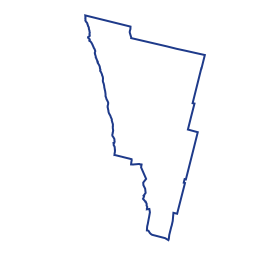 Wanneroo, Western Australia, Australia, rotated 14°
{"feature_id": "25037944B9363307042095", "entity_name": "Wanneroo", "entity_type": "district", "adm_level": 2, "iso_a3": "AUS", "parent_name": "Australia", "parent_adm1": "Western Australia", "projection": "mercator", "projection_center": [115.695, -31.653], "detail": "fine", "context": "isolated", "style": "outline", "palette": "blue", "viewbox_px": 256, "rotation_deg": 14, "n_neighbors": 0, "source": "geoboundaries", "source_scale": "gbopen_adm2", "svg_char_len": 5038}
<svg xmlns="http://www.w3.org/2000/svg" viewBox="0 0 256 256"><g transform="rotate(14 128 128)"><path d="M184.9,38.6L178.1,38.8L165.5,39.1L156.0,39.4L145.8,39.4L109.4,40.0L109.4,39.8L109.3,39.5L109.1,39.2L108.7,38.5L106.9,35.5L106.5,34.7L106.4,34.3L106.4,34.1L106.3,32.8L106.4,31.9L106.4,31.4L105.9,29.0L59.3,29.1L59.6,29.9L59.7,30.1L59.7,30.3L59.9,30.8L59.9,31.1L60.1,31.3L60.2,31.6L60.1,32.3L60.3,32.6L60.5,33.0L60.6,33.3L60.7,33.7L60.6,33.8L60.6,34.0L60.9,34.3L61.2,34.6L61.3,34.9L61.6,35.1L62.0,35.3L62.3,35.5L62.9,36.0L63.2,36.3L63.3,36.7L63.5,36.9L63.6,37.1L63.7,37.4L64.0,37.7L64.2,37.9L64.3,38.1L64.4,38.5L64.7,38.9L65.1,39.2L65.7,40.1L65.8,40.4L65.9,40.6L66.0,40.9L66.0,41.2L66.3,41.7L66.5,42.0L66.7,42.3L66.8,42.5L67.0,42.8L67.1,43.0L67.2,43.4L67.3,43.7L67.5,44.1L67.7,44.4L67.9,44.9L67.9,45.0L67.8,45.4L67.9,46.2L67.9,46.3L68.1,46.5L68.2,46.8L68.3,46.9L68.4,47.4L68.6,47.8L68.4,48.2L68.1,48.6L67.9,48.9L67.7,48.9L67.4,49.1L67.4,48.8L67.3,49.2L67.4,49.6L67.6,49.8L67.6,50.0L68.1,50.6L68.6,50.8L69.1,51.0L69.4,51.2L69.5,51.5L69.5,52.0L69.3,52.6L69.4,52.8L69.6,52.9L70.1,52.9L70.5,53.0L71.0,53.4L71.6,53.8L71.9,54.1L72.1,54.3L72.7,55.0L73.4,55.7L73.8,56.4L74.1,56.7L74.3,57.0L74.7,57.4L75.3,58.4L75.6,58.7L75.8,58.8L76.1,59.2L76.5,59.5L77.0,60.3L77.1,60.5L77.6,61.2L77.6,61.5L77.7,61.9L77.6,62.4L77.6,62.5L77.6,62.8L77.6,63.1L77.6,63.3L78.1,64.0L78.1,64.3L78.4,64.7L78.8,65.4L79.0,65.7L79.1,65.9L79.4,66.4L79.5,66.6L79.6,66.9L79.6,67.0L79.6,67.3L79.8,67.6L80.0,67.7L80.1,67.8L80.3,67.9L80.5,68.1L80.6,68.5L81.2,69.3L81.3,69.4L81.4,69.5L81.8,70.0L82.4,70.8L82.6,70.9L82.8,71.3L82.9,71.6L82.8,71.8L82.7,71.8L83.0,72.3L83.3,72.5L83.5,72.7L83.7,72.9L84.5,73.7L84.8,74.0L85.1,74.4L85.2,74.6L85.5,74.9L85.7,75.2L85.8,75.5L86.1,76.1L86.2,76.3L86.3,76.8L86.6,77.3L86.9,77.6L87.0,77.8L87.1,78.1L87.2,78.3L87.0,78.6L87.2,79.3L87.3,79.5L88.3,80.3L88.6,80.7L88.8,81.0L89.0,81.3L89.5,81.9L89.6,82.0L89.9,82.5L90.0,82.7L90.0,82.9L90.2,83.2L90.4,83.4L90.5,83.6L90.8,84.0L91.0,84.2L91.3,84.9L91.4,85.1L91.5,85.3L91.7,85.8L91.8,86.2L91.8,86.5L92.1,87.6L92.1,87.9L92.1,88.0L92.2,88.4L92.5,89.1L92.7,89.5L92.8,89.6L93.1,90.0L93.5,90.6L93.6,90.8L94.0,91.4L94.1,91.8L94.5,92.5L94.7,93.0L95.0,93.8L95.1,94.2L95.4,94.8L95.5,95.0L96.1,96.2L96.3,96.6L96.6,97.2L96.9,97.7L97.1,98.2L97.3,98.8L97.4,99.0L97.7,99.7L97.8,100.0L98.1,100.9L98.2,101.2L98.3,101.6L98.3,101.8L98.6,102.7L98.7,103.0L99.0,103.2L99.1,103.3L99.8,104.6L100.0,104.9L100.1,105.0L100.3,105.5L100.7,105.8L101.1,106.1L101.5,106.7L101.6,106.8L101.7,107.0L102.1,107.4L102.4,107.8L102.8,108.6L102.8,109.2L102.9,109.6L103.0,110.2L102.9,111.3L102.9,111.5L103.1,112.0L103.1,112.3L103.1,112.5L103.3,112.7L103.3,112.9L103.5,113.3L103.6,113.5L103.9,114.1L104.1,114.5L104.3,115.0L104.8,115.9L105.0,116.6L105.3,117.2L105.5,117.6L105.7,117.9L106.2,118.6L106.4,118.7L106.7,119.1L106.9,119.4L107.1,119.5L107.4,119.8L108.0,120.5L108.6,121.5L108.8,121.7L108.9,121.9L109.1,122.1L109.5,122.6L109.7,122.9L109.8,123.0L110.2,123.5L110.3,124.0L110.4,124.4L110.4,124.6L110.8,125.2L111.0,125.5L111.2,126.0L111.7,126.8L112.1,127.4L112.3,127.8L112.4,128.1L112.5,128.2L112.5,128.3L112.6,128.8L112.7,129.1L112.8,129.4L112.8,129.9L112.9,130.0L112.9,130.3L113.0,130.4L113.0,130.5L113.1,131.1L113.3,131.8L113.4,132.1L114.0,133.5L114.1,133.9L114.2,134.0L114.3,135.1L114.3,135.3L114.3,135.6L114.4,136.4L114.3,136.5L114.4,136.9L114.4,137.9L114.4,138.1L114.4,138.3L114.5,138.7L114.8,139.4L114.9,139.5L115.0,139.6L115.7,140.2L116.2,140.6L116.7,141.2L117.0,141.5L117.3,141.8L117.5,142.1L117.6,142.5L117.7,142.8L117.7,143.0L117.9,143.4L117.9,143.5L118.0,143.7L118.1,143.9L118.3,144.4L118.3,144.8L118.3,145.1L118.2,145.4L118.3,145.6L118.3,145.8L118.2,146.0L117.7,146.0L117.6,145.9L117.5,146.0L117.8,146.4L117.9,146.9L118.2,147.7L118.2,148.0L118.5,148.3L118.9,148.8L119.4,149.2L119.5,149.4L119.8,150.1L120.0,150.7L120.2,151.2L120.4,152.0L120.7,152.4L120.7,152.8L120.8,152.9L120.9,153.5L121.1,154.5L121.1,155.6L121.2,156.4L121.3,156.9L121.4,157.5L121.7,157.4L139.0,157.4L139.2,157.9L139.4,158.5L139.5,160.4L139.8,162.6L141.8,162.2L142.3,162.0L147.6,160.2L147.8,160.2L148.1,160.2L148.6,160.5L148.8,160.5L149.3,160.2L149.7,160.1L150.0,160.1L150.2,163.0L157.9,173.0L156.3,176.5L156.0,177.4L156.8,179.8L159.3,182.7L160.8,186.7L159.5,189.9L160.1,190.1L160.0,191.8L159.7,193.1L162.6,195.1L162.7,195.3L163.0,195.2L164.5,197.2L164.8,198.8L165.4,199.4L165.8,200.0L165.8,201.8L166.1,202.2L166.1,202.3L168.3,201.4L169.6,204.4L169.7,204.7L169.7,205.2L170.0,209.3L170.1,211.6L170.4,216.4L170.4,218.5L170.5,219.4L171.1,222.8L171.7,222.7L172.1,222.7L172.3,222.7L172.7,222.8L172.9,222.9L173.2,223.2L174.1,224.1L174.5,224.5L176.0,225.4L176.7,225.6L177.2,225.8L177.5,225.8L178.9,225.8L190.4,225.9L191.0,226.0L194.3,227.0L194.4,226.0L194.4,225.6L194.0,222.5L193.9,221.8L193.9,213.4L194.0,212.1L193.9,208.2L193.9,207.5L192.6,199.3L196.4,199.3L196.6,167.6L195.3,167.6L195.3,163.9L196.6,163.9L196.7,131.9L196.7,115.2L186.5,115.0L186.5,101.5L186.6,88.2L184.7,88.3L184.7,52.3L184.9,52.3L184.9,38.6Z" fill="none" stroke="#1e3a8a" stroke-width="2"/></g></svg>